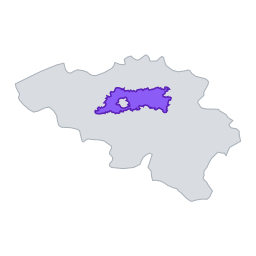 Flemish Brabant on a map of Belgium (Robinson projection)
{"feature_id": "BEL-3475", "entity_name": "Flemish Brabant", "entity_type": "Province", "adm_level": 1, "iso_a3": "BEL", "parent_name": "Belgium", "parent_adm1": "", "projection": "robinson", "projection_center": [4.536, 50.87], "detail": "fine", "context": "in_parent", "style": "filled", "palette": "violet", "viewbox_px": 256, "rotation_deg": 0, "n_neighbors": 0, "source": "natural_earth", "source_scale": "10m", "svg_char_len": 4168}
<svg xmlns="http://www.w3.org/2000/svg" viewBox="0 0 256 256"><path d="M114.9,62.5L119.5,64.3L123.5,64.7L125.3,63.9L124.2,59.4L127.5,57.1L131.1,56.0L132.8,57.9L136.1,59.9L138.7,59.9L145.8,54.8L147.5,55.8L149.0,57.6L149.4,59.1L149.6,60.6L151.2,61.2L156.8,60.9L159.7,58.1L161.9,56.4L163.6,57.6L164.4,61.0L166.0,65.4L172.6,70.4L178.3,71.8L185.2,70.8L188.0,69.9L189.9,70.7L191.7,73.3L195.7,76.3L204.1,78.4L206.7,79.6L208.5,81.7L208.1,84.5L204.1,91.7L203.6,93.9L204.1,94.6L203.4,95.9L198.2,100.7L197.7,102.4L199.5,105.2L200.9,107.5L204.1,108.6L207.0,109.0L212.6,109.1L218.5,109.3L219.3,110.6L226.0,114.5L228.0,117.6L232.9,120.6L228.9,124.4L229.6,126.1L231.0,127.8L236.4,128.8L239.1,131.3L239.3,135.1L240.6,141.2L229.6,147.4L226.5,154.3L226.2,155.6L225.8,155.4L224.5,153.1L222.5,153.2L217.9,152.2L211.5,158.4L208.6,163.6L206.9,167.4L204.3,170.5L203.8,173.8L204.2,175.2L203.3,177.0L203.3,178.9L207.0,182.6L207.9,184.6L212.5,191.2L211.1,193.6L210.0,196.2L208.7,198.0L207.2,199.2L202.5,199.1L196.6,199.9L192.6,201.2L190.5,201.2L186.2,198.0L181.4,193.1L178.3,190.7L176.9,188.7L173.2,187.8L167.8,185.4L164.0,182.8L160.8,181.2L156.3,180.3L152.6,180.4L151.5,176.0L151.1,170.9L148.0,167.5L152.2,154.5L149.7,153.2L147.0,154.3L143.1,157.4L141.2,161.1L140.1,164.3L133.6,167.5L123.2,168.6L111.8,167.5L110.2,166.6L109.5,165.7L109.5,164.5L110.3,162.8L112.3,160.6L112.8,157.6L110.7,155.0L109.4,153.9L109.9,151.4L111.4,148.2L111.7,146.4L104.1,140.9L98.5,139.8L93.1,139.6L89.0,139.0L86.7,139.2L84.9,140.8L83.2,142.0L81.9,140.6L79.6,130.9L77.7,129.4L70.8,127.7L61.3,127.2L58.8,125.4L57.5,121.0L56.7,115.7L53.6,110.7L52.0,109.4L49.2,107.1L44.3,108.1L38.3,111.0L34.8,111.8L33.5,112.1L28.8,109.3L23.6,104.8L19.4,100.0L18.4,97.4L19.7,94.2L18.2,91.7L16.0,87.3L15.4,83.8L40.9,71.4L56.5,65.0L63.8,63.1L65.5,69.5L66.8,71.5L68.5,72.8L70.8,73.1L73.5,71.5L77.2,69.8L83.1,70.6L87.4,72.2L89.0,73.7L91.8,75.3L96.0,75.6L104.0,72.7L111.8,68.3L114.1,65.2L114.9,62.5Z" fill="#d9dde1" stroke="#a8b0b8" stroke-width="1"/><path d="M107.4,112.5L105.8,112.0L105.0,113.3L104.6,112.8L103.2,113.4L102.1,113.1L100.9,113.8L97.4,113.7L96.1,113.4L95.3,112.5L95.0,111.7L95.4,110.5L96.8,110.9L98.7,110.5L98.8,110.1L97.5,108.8L98.3,107.4L99.0,107.1L100.5,108.1L101.5,107.1L102.4,107.7L103.4,107.4L105.1,106.2L106.0,104.1L105.5,103.0L104.0,102.8L106.7,99.6L106.8,98.9L105.9,98.3L107.5,97.3L107.0,95.9L109.6,96.8L111.0,96.1L111.0,95.1L110.2,93.1L111.1,91.6L113.0,92.1L114.3,91.6L115.7,88.1L117.7,87.7L119.1,87.9L122.0,88.9L121.6,89.4L122.0,89.6L123.8,88.6L123.3,89.7L124.4,90.0L124.7,91.1L128.2,90.4L129.5,91.5L130.6,90.2L132.6,91.4L133.6,90.6L135.5,91.5L136.4,91.5L137.1,90.0L141.4,89.1L143.0,89.8L142.3,90.9L144.6,88.9L145.9,89.1L147.8,88.0L148.8,89.7L149.6,90.1L152.6,89.1L153.3,89.4L154.9,88.3L157.2,87.5L158.3,87.5L159.1,88.3L160.6,87.9L161.5,89.4L162.7,89.0L163.9,89.6L164.9,89.1L164.9,87.3L166.6,87.1L167.9,87.6L169.5,89.2L168.0,89.7L167.7,89.1L167.1,89.2L167.5,90.9L165.0,91.8L165.0,93.4L162.6,95.1L163.4,96.7L163.8,96.9L164.8,96.6L165.7,97.5L168.0,96.6L168.2,97.2L170.3,97.2L171.1,97.8L170.6,99.8L170.3,100.1L169.2,99.8L168.2,101.9L167.8,104.4L169.1,104.8L166.5,107.0L167.0,108.3L166.2,109.8L167.3,110.3L166.2,112.3L164.6,112.5L163.7,112.1L162.8,111.1L162.8,109.8L161.4,109.2L159.2,107.8L156.3,109.6L155.4,109.7L154.6,109.2L154.8,107.9L150.4,108.2L150.7,107.4L149.3,107.3L148.0,105.7L145.5,105.0L144.0,105.4L143.5,106.4L143.2,105.8L142.2,106.3L139.2,105.7L138.9,107.5L140.0,108.7L138.8,109.7L136.9,109.8L136.6,108.2L135.2,109.4L132.6,109.9L132.5,110.8L130.6,110.0L130.3,109.6L130.6,108.7L129.7,108.6L128.4,109.0L126.3,110.3L123.5,110.6L123.2,111.8L122.1,111.7L120.9,110.5L120.5,110.9L121.1,111.6L119.8,111.6L119.7,112.7L119.3,113.1L118.4,113.3L116.8,112.9L115.7,113.6L113.7,112.3L112.1,112.3L110.9,110.9L110.3,110.8L109.7,110.9L109.3,111.7L107.9,111.7L107.4,112.5ZM129.7,106.0L127.8,104.8L128.3,104.2L129.5,104.0L128.6,101.7L126.2,100.5L127.1,99.8L127.2,99.1L126.3,97.8L125.2,97.2L123.7,98.4L121.2,98.0L119.1,98.9L118.0,100.6L118.6,101.5L118.2,102.7L116.7,102.9L116.0,104.0L118.2,105.0L119.3,104.6L120.8,107.2L122.4,108.0L123.7,108.2L125.0,108.0L129.7,106.0Z" fill="#8b5cf6" stroke="#5b21b6" stroke-width="1.5"/></svg>